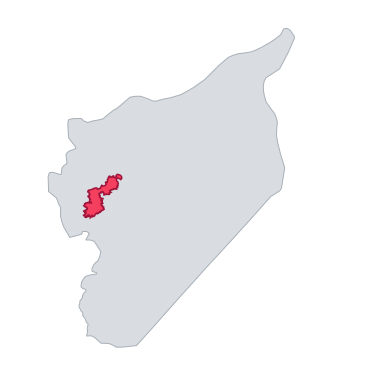 Hama, Hamah, Syria (highlighted), rotated 345°
{"feature_id": "27442178B84195179221003", "entity_name": "Hama", "entity_type": "district", "adm_level": 2, "iso_a3": "SYR", "parent_name": "Syria", "parent_adm1": "Hamah", "projection": "orthographic", "projection_center": [36.877, 35.227], "detail": "fine", "context": "in_parent", "style": "filled", "palette": "rose", "viewbox_px": 384, "rotation_deg": 345, "n_neighbors": 0, "source": "geoboundaries", "source_scale": "gbopen_adm2", "svg_char_len": 7369}
<svg xmlns="http://www.w3.org/2000/svg" viewBox="0 0 384 384"><g transform="rotate(345 192 192)"><path d="M59.3,136.4L62.5,136.8L69.2,141.0L70.4,140.9L72.5,135.4L74.5,133.6L78.7,132.0L79.9,123.2L81.9,121.5L84.2,120.6L87.9,120.4L91.0,119.9L91.2,118.4L86.9,108.1L87.2,105.6L89.4,95.3L90.7,91.3L92.0,90.0L97.0,90.5L104.0,92.3L105.8,95.3L109.2,97.9L114.3,97.7L120.2,98.2L124.8,98.3L128.5,96.5L136.8,92.9L140.9,91.8L144.6,90.2L156.6,84.4L161.4,84.8L164.7,85.5L167.2,86.3L172.9,90.1L177.7,93.9L181.0,95.0L186.9,94.8L195.4,95.4L205.9,95.1L211.9,93.8L219.7,91.7L233.4,86.7L251.3,76.4L261.8,71.4L266.4,70.6L272.4,70.4L278.5,71.3L285.3,71.9L288.4,71.7L295.8,70.4L305.2,68.0L311.1,66.1L318.2,63.1L322.5,58.5L323.9,58.0L325.8,58.7L326.7,58.9L328.7,61.3L331.0,67.6L331.0,68.3L330.7,70.1L326.3,75.6L320.3,83.0L315.9,87.7L308.5,95.7L302.8,97.6L293.1,100.8L290.5,103.5L288.3,107.9L287.1,113.8L286.8,117.5L286.9,124.3L289.5,131.3L292.1,137.9L292.6,142.4L292.5,146.8L290.6,151.7L288.5,158.2L287.5,165.6L287.3,179.4L287.8,191.0L287.7,193.0L283.9,201.4L279.5,211.2L277.3,213.5L266.8,216.8L255.4,224.3L242.7,232.7L231.0,240.2L218.8,248.1L206.0,256.2L196.9,262.0L184.6,269.7L173.4,277.1L161.9,284.5L153.3,290.1L140.0,298.9L132.2,304.0L120.8,311.6L110.6,318.2L98.6,326.0L83.5,323.6L78.8,322.3L74.9,318.5L72.0,316.6L65.0,314.5L60.4,307.4L57.7,304.9L53.0,303.8L55.1,299.3L55.5,296.4L57.5,292.8L56.3,290.4L55.7,285.4L54.8,284.2L54.5,282.8L55.2,281.2L55.0,279.6L54.2,278.9L53.8,276.4L53.2,274.5L53.5,272.3L54.6,270.8L55.7,268.0L57.0,267.2L59.0,265.4L59.5,263.6L61.3,261.8L63.7,260.3L64.3,259.2L63.9,258.5L61.5,257.1L60.3,254.8L61.5,251.4L62.2,250.3L63.7,248.7L66.9,246.2L69.4,245.8L71.6,245.8L75.3,246.1L78.1,246.5L78.8,245.9L78.7,245.1L75.2,243.0L75.1,241.3L75.9,239.6L78.4,236.8L81.4,234.8L82.9,234.5L86.3,230.4L88.5,225.8L85.0,214.7L82.9,212.9L79.5,211.4L77.5,211.1L77.3,210.4L80.1,207.6L82.0,205.2L79.9,202.8L76.1,201.7L74.7,204.1L69.8,204.3L62.2,204.2L59.0,192.4L58.6,187.4L58.7,181.5L61.1,172.9L60.0,168.9L60.0,166.2L59.4,162.5L53.6,154.5L57.0,139.9L59.3,136.4Z" fill="#d9dde1" stroke="#a8b0b8" stroke-width="1"/><path d="M115.0,156.1L114.9,156.3L114.9,156.8L114.6,157.3L114.3,157.6L113.9,157.8L113.6,157.9L113.5,158.0L113.4,158.3L113.4,159.1L113.2,159.7L112.9,160.1L112.6,160.7L111.7,160.3L111.5,160.0L111.0,160.2L110.9,160.7L110.9,161.0L110.9,161.3L111.1,161.6L111.0,162.3L110.3,162.8L109.9,163.2L108.7,163.3L108.2,163.4L108.0,163.2L107.5,163.2L107.2,163.2L106.9,162.4L106.7,162.1L106.4,162.2L106.3,162.3L106.0,163.1L105.1,163.6L104.7,164.1L104.5,164.4L104.5,164.7L104.3,164.8L103.5,164.7L102.9,164.7L102.0,165.0L101.3,164.7L101.4,164.3L101.2,163.7L100.9,163.5L100.5,163.2L99.6,163.1L98.5,163.3L97.7,163.1L97.5,163.4L95.6,163.6L94.2,163.6L93.5,163.6L92.6,163.5L92.4,163.8L91.8,164.0L91.7,164.3L91.5,164.6L91.5,165.0L92.2,164.9L92.4,166.5L92.5,166.5L92.6,166.8L92.4,166.9L92.2,167.1L92.4,167.8L92.5,167.9L92.6,168.0L92.1,168.2L92.0,168.3L92.0,168.5L91.9,168.5L91.7,168.7L91.4,168.8L91.3,169.0L91.2,169.1L91.1,169.3L90.9,169.2L90.4,169.2L90.4,169.4L90.6,169.5L90.6,169.8L90.8,170.0L91.0,170.6L91.3,170.7L91.2,170.9L91.3,171.4L91.5,171.2L91.5,171.5L91.8,171.7L91.6,172.4L91.6,172.7L91.4,172.8L91.6,173.0L91.2,173.2L91.1,173.6L91.0,174.0L90.8,174.0L90.6,174.3L90.4,174.5L91.2,175.1L92.0,175.8L91.9,176.0L92.0,176.5L91.8,176.5L91.1,176.1L90.7,176.3L90.4,176.2L90.0,176.1L89.9,175.7L89.4,175.6L89.4,175.3L88.8,175.3L88.6,175.1L88.4,175.1L88.0,175.2L87.8,175.5L87.6,175.5L87.4,175.3L87.1,175.2L87.1,175.3L86.6,175.5L86.3,175.5L86.1,175.3L85.8,175.3L85.3,175.6L85.3,176.1L85.1,176.2L84.9,176.8L84.7,176.8L84.4,176.9L84.1,177.2L83.9,177.3L84.1,177.5L84.5,177.5L84.8,177.4L84.9,177.8L84.9,178.2L84.7,178.5L85.0,178.7L85.7,178.9L85.8,179.0L85.4,179.1L85.6,179.5L85.8,179.5L86.0,179.6L86.2,180.4L86.4,180.7L86.6,180.7L86.2,181.7L85.7,181.6L85.2,181.6L85.1,181.9L84.5,182.3L84.1,182.3L84.0,182.1L83.8,182.0L83.4,182.2L83.0,182.2L82.4,182.4L82.4,182.5L82.9,182.7L83.3,183.0L83.2,183.4L83.1,183.5L83.0,183.8L83.5,184.0L84.2,183.7L84.2,184.3L83.6,184.5L83.7,184.9L83.7,185.1L83.8,185.2L83.8,185.4L83.0,185.6L82.7,185.7L82.7,185.9L82.3,186.3L82.1,186.3L82.0,186.1L81.8,186.2L81.8,186.3L81.2,186.4L81.2,186.6L81.6,186.5L82.1,187.0L82.3,187.3L82.4,187.5L82.6,187.9L82.2,188.0L82.2,188.3L82.2,188.7L82.5,189.0L83.5,189.1L84.0,189.0L84.4,188.8L84.3,188.5L84.4,188.4L84.3,188.0L84.4,187.9L84.9,187.6L85.2,187.4L86.0,187.2L86.2,187.5L86.4,187.5L86.5,188.0L85.8,188.4L85.7,188.9L86.7,188.9L86.9,189.3L87.2,189.5L87.2,190.1L87.3,190.2L87.5,190.3L87.4,190.5L87.9,190.3L88.1,190.1L88.2,189.5L88.1,189.2L88.7,189.0L88.7,188.9L89.1,188.7L89.2,188.8L89.4,188.8L89.5,188.9L89.5,189.2L89.7,189.5L89.3,189.5L89.2,189.6L89.3,189.7L89.4,189.9L89.5,189.8L89.8,189.9L89.7,189.7L90.4,189.6L90.6,189.9L90.7,190.0L91.6,189.9L91.8,189.8L91.9,189.5L92.1,189.4L93.1,188.3L93.4,188.1L93.9,188.3L94.3,188.0L94.5,187.7L95.1,187.9L95.1,188.2L95.2,188.5L95.4,188.4L95.4,188.0L95.6,188.0L95.8,188.0L95.9,188.3L96.2,188.3L96.3,188.2L96.5,187.7L97.1,187.5L97.3,187.7L97.6,187.7L97.6,187.9L97.8,187.9L98.6,187.5L98.5,187.1L98.9,187.2L99.0,187.0L99.3,187.1L100.1,186.4L100.3,186.5L100.8,186.3L100.9,186.5L101.5,186.4L102.2,186.0L102.6,186.0L102.7,185.4L102.6,185.1L102.4,184.9L102.4,184.6L102.6,184.5L102.5,184.0L102.6,183.8L102.4,183.8L102.5,183.7L102.3,183.4L102.5,183.3L101.7,182.1L101.2,182.0L101.2,181.8L101.0,181.6L101.2,181.2L101.6,181.2L101.4,180.4L101.2,180.4L101.1,179.6L101.8,179.4L102.8,179.8L102.7,178.8L102.6,178.6L102.8,178.5L102.8,178.4L102.8,178.0L102.9,177.9L102.9,177.6L103.1,177.2L102.6,177.2L102.3,177.3L102.1,177.2L101.9,176.4L102.4,176.0L102.4,175.7L102.9,175.5L104.3,175.5L104.3,175.3L104.2,175.1L103.5,175.1L103.2,175.2L103.2,174.9L102.5,175.0L102.4,175.0L102.3,173.8L102.2,173.7L101.8,173.7L101.6,173.1L101.7,172.9L101.8,172.9L102.0,172.4L101.7,172.5L101.6,171.6L101.8,171.2L101.6,171.0L101.5,170.5L101.6,170.2L101.9,170.3L101.8,169.9L101.9,169.4L104.0,169.3L103.9,168.9L103.6,168.9L103.6,168.7L105.3,168.3L105.5,169.0L106.2,169.1L106.3,170.1L106.5,170.0L106.8,171.0L106.6,171.0L106.6,171.3L106.4,171.4L106.4,171.6L106.2,171.6L106.2,172.1L107.2,172.0L107.3,172.0L108.2,172.1L108.2,171.9L108.6,171.8L109.0,171.9L109.8,172.4L110.8,172.8L111.1,172.8L111.6,172.9L111.7,172.7L111.8,172.1L111.8,171.9L111.6,171.8L111.6,171.7L111.9,171.6L112.0,171.4L112.4,171.5L112.7,171.7L113.2,171.6L113.7,171.4L113.2,171.1L112.8,169.5L113.5,169.4L113.8,169.3L113.8,169.2L114.3,168.8L114.7,169.0L115.0,169.3L115.2,169.2L115.8,169.1L115.7,169.0L116.7,168.8L116.7,169.0L117.1,169.3L117.3,169.2L117.2,169.0L117.4,169.0L117.6,168.7L118.3,168.7L118.7,169.0L119.2,168.9L119.3,169.2L119.3,169.5L119.6,169.8L120.0,169.8L119.9,168.8L120.4,168.6L121.1,167.2L121.5,167.8L121.8,166.8L122.0,166.7L121.9,166.6L121.9,166.3L122.3,165.4L122.9,165.1L122.9,162.8L122.3,162.1L122.1,161.1L122.3,160.5L122.5,159.8L122.3,159.8L122.3,159.6L123.6,159.4L124.5,159.8L125.5,160.6L126.2,160.8L126.4,161.1L126.5,161.5L127.6,160.7L127.9,159.8L127.8,158.6L127.3,157.5L125.4,156.0L124.3,155.6L122.9,156.6L123.0,156.8L123.0,158.1L122.3,157.7L121.3,158.1L120.9,157.7L120.5,157.9L120.4,157.7L119.9,157.2L120.3,157.1L120.4,156.3L119.5,156.4L119.4,156.3L119.4,156.2L118.7,156.4L118.6,156.8L118.0,156.8L117.7,156.9L117.2,156.8L117.0,156.4L116.8,155.6L116.5,155.3L116.0,155.4L115.9,156.1L115.7,156.2L115.0,156.1Z" fill="#f43f5e" stroke="#9f1239" stroke-width="1.5"/></g></svg>